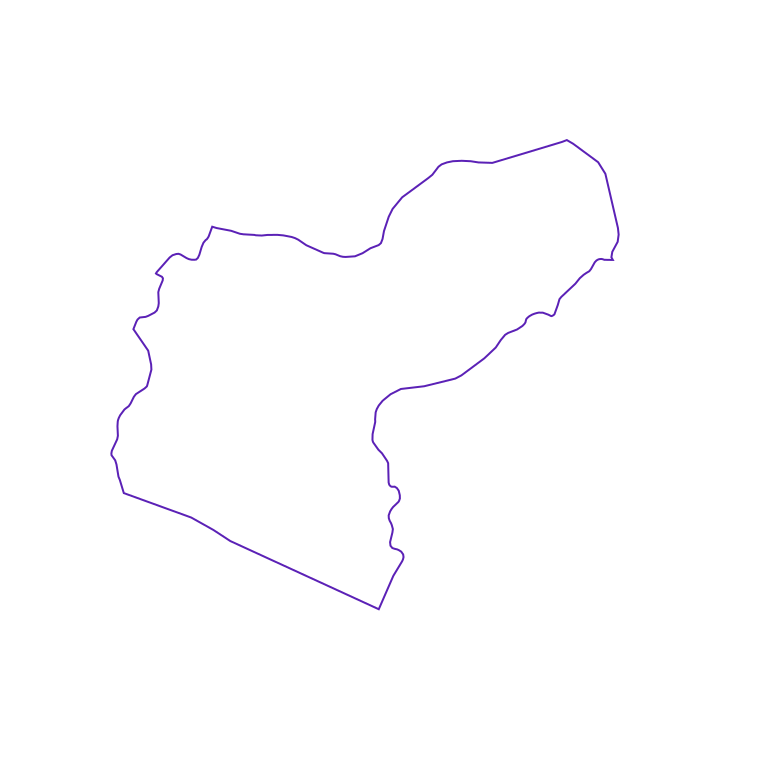 outline of Pouthisat, rotated 159°
{"feature_id": "KHM-1780", "entity_name": "Pouthisat", "entity_type": "Province", "adm_level": 1, "iso_a3": "KHM", "parent_name": "Cambodia", "parent_adm1": "", "projection": "orthographic", "projection_center": [103.597, 12.527], "detail": "fine", "context": "isolated", "style": "outline", "palette": "violet", "viewbox_px": 768, "rotation_deg": 159, "n_neighbors": 0, "source": "natural_earth", "source_scale": "10m", "svg_char_len": 2818}
<svg xmlns="http://www.w3.org/2000/svg" viewBox="0 0 768 768"><g transform="rotate(159 384 384)"><path d="M125.9,546.2L121.4,540.6L104.6,514.3L102.0,500.9L109.7,445.8L111.4,439.4L114.9,433.0L123.5,425.6L126.3,420.8L125.9,417.8L133.8,421.0L135.2,422.2L135.7,422.5L136.4,422.9L137.8,423.3L139.2,423.5L141.3,423.2L143.6,422.1L149.6,417.1L152.0,415.7L155.1,415.2L158.5,414.4L163.3,412.6L169.5,409.0L187.2,401.8L189.8,400.3L193.5,395.4L199.9,388.0L201.2,387.5L203.1,387.3L203.8,387.7L205.7,389.8L210.2,393.7L214.0,395.2L216.0,395.5L218.2,395.7L220.8,395.7L224.1,395.2L226.4,394.4L227.9,393.6L228.6,392.7L229.9,390.8L231.3,389.8L233.9,388.6L240.3,387.2L249.7,387.2L253.3,386.5L259.2,383.2L266.6,378.0L281.2,372.0L308.7,364.3L315.5,363.5L347.3,367.5L370.0,373.3L381.5,372.1L391.2,368.9L396.6,365.8L399.7,363.2L401.9,360.6L405.0,354.1L405.2,353.4L405.8,351.7L412.6,341.3L414.8,336.0L415.0,334.6L415.0,333.3L412.8,324.7L410.7,320.0L408.7,311.2L408.5,308.6L415.0,290.3L415.1,289.0L415.2,288.4L415.0,287.3L414.6,286.5L414.1,285.7L413.4,285.2L410.8,284.3L409.3,282.3L408.5,279.1L409.1,274.5L410.2,271.4L411.8,269.5L412.9,268.7L419.6,265.9L421.7,264.6L423.9,262.9L426.7,259.7L427.6,257.0L427.7,254.3L427.3,251.5L427.3,249.4L427.7,245.4L429.4,242.3L435.0,234.2L435.9,230.7L435.0,227.9L433.1,226.3L431.0,224.9L429.7,223.6L428.0,221.3L427.2,218.0L427.8,215.4L429.1,213.5L430.6,212.0L444.0,201.6L469.6,175.6L583.8,292.5L595.6,308.9L611.8,328.4L666.0,375.4L665.0,389.1L665.1,392.6L662.6,404.7L662.3,409.1L663.9,415.1L663.4,416.9L662.0,419.2L652.9,428.0L651.0,431.0L648.0,440.0L646.1,444.2L645.4,445.4L643.8,447.3L641.5,449.4L635.5,453.2L633.7,453.8L632.6,454.1L630.2,454.8L627.5,456.7L622.2,461.6L620.5,462.7L619.1,463.5L609.2,465.6L607.1,466.4L606.2,466.8L605.3,467.9L596.0,480.8L594.4,485.7L592.2,499.6L598.3,525.0L592.9,530.9L591.0,532.5L588.2,533.6L582.5,532.1L579.7,532.1L572.6,532.9L569.7,534.1L566.9,537.3L565.3,540.2L561.8,550.6L559.8,553.4L553.5,560.0L552.5,561.9L552.9,563.7L556.8,568.0L557.3,568.9L556.2,569.8L538.8,578.9L535.3,580.0L531.4,579.8L529.2,579.2L527.5,577.8L523.2,572.3L521.4,570.5L519.1,569.0L516.7,568.0L514.8,567.5L512.6,568.4L510.1,570.8L505.1,577.3L501.9,580.6L498.9,582.3L497.6,582.6L495.9,583.7L494.8,584.6L488.0,592.4L484.4,589.6L471.8,581.8L464.7,575.9L461.5,574.1L451.5,569.6L450.4,568.8L444.9,566.4L439.3,564.9L430.0,561.4L424.7,558.8L417.6,554.4L414.8,552.1L412.3,549.4L406.8,541.4L393.5,528.1L392.7,527.5L384.7,523.8L382.8,522.5L379.1,519.0L376.8,517.5L374.4,516.4L365.3,513.6L357.1,513.8L348.0,515.6L339.2,515.6L336.4,516.6L333.4,519.9L329.2,526.8L319.6,538.5L313.2,544.4L300.1,551.8L269.2,560.3L263.9,562.0L255.3,567.3L251.5,568.4L245.8,568.3L239.8,567.3L231.4,564.5L223.2,560.9L216.4,557.0L203.6,551.6L131.1,546.2L125.9,546.2L125.9,546.2Z" fill="none" stroke="#5b21b6" stroke-width="2"/></g></svg>